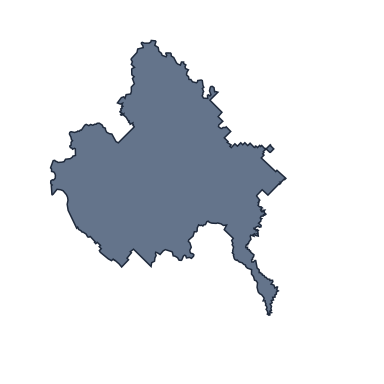 Blue Mountains, New South Wales, Australia, rotated 125°
{"feature_id": "25037944B17662775697590", "entity_name": "Blue Mountains", "entity_type": "district", "adm_level": 2, "iso_a3": "AUS", "parent_name": "Australia", "parent_adm1": "New South Wales", "projection": "mercator", "projection_center": [150.399, -33.632], "detail": "fine", "context": "isolated", "style": "filled", "palette": "slate", "viewbox_px": 384, "rotation_deg": 125, "n_neighbors": 0, "source": "geoboundaries", "source_scale": "gbopen_adm2", "svg_char_len": 6058}
<svg xmlns="http://www.w3.org/2000/svg" viewBox="0 0 384 384"><g transform="rotate(125 192 192)"><path d="M294.4,218.5L292.2,218.1L292.5,216.4L292.1,216.3L292.7,210.6L293.8,206.6L283.9,205.1L283.5,207.3L276.5,206.8L276.3,208.3L272.4,207.1L276.5,182.8L273.1,184.5L270.2,183.0L267.2,184.6L264.7,184.9L263.4,186.6L262.2,187.2L261.7,185.9L261.5,182.3L256.7,181.8L254.5,180.8L252.5,174.4L252.7,173.4L255.1,170.8L254.3,169.0L254.1,166.1L255.3,163.5L254.2,161.6L253.4,161.4L249.4,162.3L248.0,161.8L247.8,160.6L249.2,158.7L247.0,156.5L246.7,154.4L243.8,153.9L242.4,154.4L242.1,155.9L242.9,157.9L242.3,159.1L241.0,160.4L237.7,160.9L234.8,164.7L234.6,166.6L233.2,167.2L227.5,165.8L223.2,167.3L222.2,165.7L221.1,165.4L218.4,167.1L215.1,167.7L214.9,166.2L213.8,165.2L213.6,163.6L212.3,163.6L211.0,162.3L207.7,162.8L206.6,161.9L206.9,160.6L206.2,158.0L203.8,154.1L202.7,153.3L201.4,149.9L201.4,147.1L199.2,144.7L204.4,144.0L206.3,131.6L209.0,131.7L210.5,129.2L212.2,128.9L213.2,126.4L216.8,125.0L217.5,124.2L218.7,124.2L219.2,122.0L220.2,121.7L222.2,119.3L222.7,118.1L222.5,116.4L221.8,116.1L222.2,113.2L221.2,110.3L221.6,108.2L221.2,106.3L222.2,105.2L222.6,102.9L221.4,98.7L225.1,96.2L226.0,93.1L228.4,90.2L227.9,88.7L228.7,86.3L232.8,84.0L235.9,80.4L236.5,78.3L236.2,76.1L237.3,72.5L238.2,71.7L240.4,71.3L239.2,69.6L240.5,68.7L241.2,67.3L242.5,66.9L242.8,65.5L243.8,64.1L245.6,64.0L246.1,62.3L247.8,60.3L248.8,60.3L248.8,58.3L247.9,57.7L247.0,59.2L245.2,57.7L245.0,59.9L243.3,59.1L242.3,60.5L240.0,61.3L239.0,63.7L236.7,62.8L235.4,64.8L233.7,63.3L232.0,65.5L230.5,63.7L228.7,65.0L227.3,64.3L225.5,65.5L223.5,64.6L223.5,66.6L220.8,67.4L220.9,67.9L223.1,69.1L221.3,71.5L222.1,74.4L219.1,74.3L218.1,75.4L219.8,77.5L218.9,78.3L220.0,80.2L219.4,82.4L220.0,83.3L219.1,85.0L219.7,86.6L218.9,87.3L219.3,88.5L218.6,89.6L219.5,90.7L217.2,92.4L216.9,95.1L211.6,100.5L211.9,101.1L214.2,101.6L215.0,102.9L213.4,104.3L212.3,103.8L211.4,104.6L209.8,104.4L207.9,105.2L207.7,109.3L206.8,110.2L207.3,111.1L206.4,112.1L207.1,113.8L205.5,114.8L206.7,115.9L206.3,116.5L204.0,117.2L203.4,116.2L202.4,116.8L201.9,116.2L199.9,116.8L196.9,116.6L194.8,119.0L193.6,119.1L192.7,116.0L191.8,117.5L190.2,116.7L191.2,115.3L190.1,112.4L189.1,113.2L188.8,114.8L187.9,114.2L186.5,115.7L185.4,115.6L185.4,117.0L186.8,117.3L186.1,118.2L186.8,119.7L186.2,120.5L185.5,119.6L183.7,119.3L182.0,118.2L182.2,116.6L181.0,115.5L179.7,116.2L179.4,119.6L176.4,118.9L175.1,119.8L173.8,119.6L174.3,120.9L173.9,121.3L172.2,121.5L170.9,119.9L169.7,120.4L169.4,119.2L167.8,118.7L167.5,119.4L168.1,119.8L167.2,121.1L166.2,122.0L165.1,122.0L166.2,123.3L167.6,122.8L168.2,123.7L167.3,125.5L166.6,124.9L165.7,126.0L164.7,125.3L164.5,126.9L165.4,128.2L165.0,130.3L163.5,130.5L162.6,131.8L161.6,131.3L161.1,132.0L159.8,131.8L158.3,136.7L157.8,137.0L149.9,135.8L151.0,128.0L135.3,125.4L135.4,124.6L133.6,124.4L133.4,125.4L132.7,124.6L128.6,123.9L128.7,123.2L127.0,122.9L125.5,134.9L127.3,135.1L124.4,154.8L120.5,154.2L120.2,156.0L118.4,155.7L118.0,156.8L114.2,156.0L114.9,151.1L114.5,150.5L109.8,149.7L109.0,154.6L108.5,154.5L108.4,155.0L113.6,155.9L114.7,157.5L113.9,161.6L115.3,161.8L115.0,163.3L118.0,163.8L117.7,165.6L118.0,166.4L119.5,166.0L119.8,166.7L118.7,172.4L122.0,173.0L121.3,177.0L124.2,177.5L123.7,180.3L128.4,181.1L127.9,184.5L133.1,185.3L132.8,187.2L131.0,186.9L131.2,191.6L130.0,191.4L129.1,196.6L120.2,195.0L119.0,201.4L119.9,201.5L121.4,203.6L122.8,203.9L123.4,204.9L123.3,207.8L121.7,208.5L116.4,207.3L115.3,213.8L109.5,213.2L106.5,230.0L95.4,228.0L96.1,230.2L96.9,231.0L93.9,233.8L93.8,235.8L94.6,236.9L95.7,237.1L99.1,235.7L101.5,232.2L103.0,232.4L102.9,234.2L103.9,234.8L106.3,232.8L108.5,236.4L107.4,238.8L105.5,239.2L104.6,240.0L103.1,240.0L101.3,242.9L99.5,242.3L98.5,244.1L94.8,247.5L95.0,248.7L97.4,251.2L98.6,250.7L99.9,250.9L101.5,254.8L100.5,257.4L101.5,259.1L99.5,261.0L99.3,263.4L98.7,264.0L96.6,264.9L94.0,265.0L94.6,268.1L93.4,269.6L91.4,269.9L91.6,272.5L90.3,273.4L91.6,275.2L94.7,274.3L95.4,277.2L95.1,278.8L92.3,284.1L92.5,286.9L90.6,288.6L90.5,289.4L93.0,293.0L93.8,292.8L94.4,291.1L96.1,290.8L97.2,294.8L95.9,296.7L95.7,299.9L93.0,302.6L93.2,306.6L89.5,307.8L89.2,308.7L91.2,312.3L92.7,311.8L94.6,312.5L97.4,316.3L97.9,318.5L98.6,319.0L99.5,318.6L100.4,316.1L101.7,314.8L106.0,318.5L109.3,317.1L117.5,318.2L118.5,317.8L119.5,315.5L122.3,314.9L122.9,310.6L125.4,311.9L126.2,311.7L130.5,308.5L130.8,305.5L133.2,305.9L136.4,301.3L140.9,301.9L144.6,299.2L147.0,298.6L150.0,301.8L153.7,300.6L153.2,302.5L155.2,304.0L161.8,304.2L161.1,301.1L159.1,299.8L161.1,299.3L161.4,297.8L162.5,298.5L163.3,297.4L164.8,298.0L166.0,296.6L167.4,297.2L167.8,296.7L167.6,294.5L169.6,294.8L169.7,294.1L169.1,293.4L167.1,292.7L168.3,292.1L168.6,288.7L170.2,285.3L169.9,284.2L171.1,284.0L171.2,282.4L172.0,281.5L169.4,280.1L170.4,279.7L170.5,278.7L171.3,278.5L171.5,277.0L172.1,276.7L194.0,280.6L194.3,283.2L190.5,290.9L191.6,293.1L192.0,296.1L190.8,298.4L189.4,299.6L190.0,301.8L188.7,304.0L188.8,307.4L190.1,309.1L191.5,309.4L192.3,310.6L194.2,311.5L194.8,313.8L196.8,314.5L197.3,317.5L198.9,318.2L204.8,318.1L205.3,319.0L207.0,319.2L207.5,320.5L208.5,320.7L210.6,322.4L212.0,325.7L213.3,326.3L214.8,325.7L216.5,322.6L218.3,320.7L218.5,319.3L220.6,319.6L222.9,317.9L224.1,318.5L224.8,318.2L225.4,317.0L225.0,315.5L225.5,314.4L223.6,313.3L223.6,312.3L228.9,308.4L231.0,310.2L232.3,310.0L234.6,310.9L237.7,314.4L240.5,314.2L242.2,315.7L244.7,318.8L244.6,320.3L245.1,321.2L244.8,322.6L245.9,323.7L253.4,321.7L253.6,320.4L255.7,318.8L254.9,316.8L255.4,315.1L256.6,313.5L259.2,311.9L261.6,312.3L262.1,313.4L263.9,314.0L265.7,312.9L266.5,311.7L266.5,310.6L267.5,310.9L274.4,305.3L274.5,304.9L273.6,304.5L267.2,304.1L265.5,300.9L264.9,298.4L266.2,293.4L267.6,291.0L269.8,288.9L273.7,287.2L278.1,282.9L287.8,265.7L286.4,265.5L287.7,263.4L287.4,260.8L287.9,259.3L287.3,257.9L287.2,254.6L288.6,251.7L288.1,250.5L286.8,249.8L288.3,242.9L289.1,243.0L289.5,241.2L287.6,240.8L288.2,236.4L290.0,236.7L290.5,233.8L293.1,234.3L294.0,232.6L294.8,222.2L294.4,218.5Z" fill="#64748b" stroke="#1e293b" stroke-width="1.5"/></g></svg>